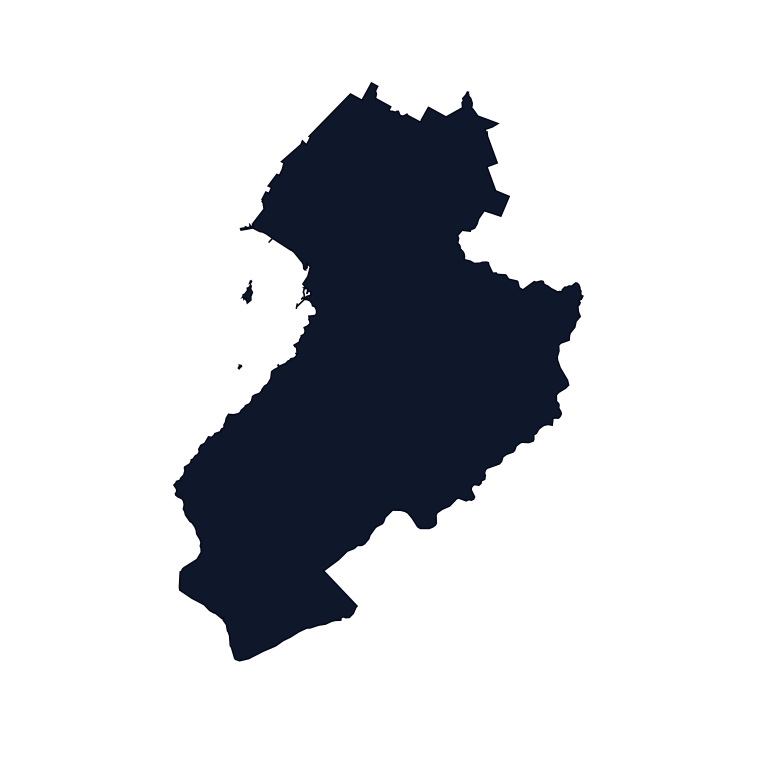 outline of Lower Hutt City, Wellington, New Zealand, rotated 14°
{"feature_id": "76426892B69033052068966", "entity_name": "Lower Hutt City", "entity_type": "district", "adm_level": 2, "iso_a3": "NZL", "parent_name": "New Zealand", "parent_adm1": "Wellington", "projection": "albers", "projection_center": [174.937, -41.285], "detail": "fine", "context": "isolated", "style": "filled", "palette": "ink", "viewbox_px": 768, "rotation_deg": 14, "n_neighbors": 0, "source": "geoboundaries", "source_scale": "gbopen_adm2", "svg_char_len": 6144}
<svg xmlns="http://www.w3.org/2000/svg" viewBox="0 0 768 768"><g transform="rotate(14 384 384)"><path d="M555.3,267.2L553.5,262.3L553.5,260.8L554.4,259.9L554.7,257.6L552.6,255.8L555.0,254.1L555.7,250.6L554.8,250.6L553.2,249.5L552.6,246.0L551.7,245.7L550.6,242.8L548.9,240.5L546.9,239.4L545.5,239.6L543.4,242.3L543.2,243.3L539.6,244.2L537.9,246.0L536.1,246.2L534.4,249.2L534.0,251.8L532.0,251.7L530.5,252.7L523.1,251.0L519.4,249.4L515.3,248.6L513.6,246.0L511.6,246.0L507.1,248.4L505.0,248.3L496.0,259.1L491.9,257.8L489.1,252.4L488.2,251.9L479.6,252.1L475.8,248.7L467.3,250.2L466.0,249.1L462.7,250.2L457.1,243.4L455.9,241.0L454.1,240.9L450.0,242.1L448.0,243.5L442.5,245.2L438.0,243.9L431.8,243.9L431.2,240.5L430.1,238.2L428.9,236.7L425.2,234.3L424.6,232.2L423.5,230.8L421.4,229.6L421.2,224.6L419.4,222.3L422.6,215.9L430.7,214.9L430.6,213.6L434.2,210.8L435.6,206.2L435.8,201.0L439.3,191.6L456.8,192.9L460.1,171.7L445.6,169.5L431.3,148.3L440.4,142.1L424.5,118.6L423.1,114.6L422.2,115.2L420.5,112.5L426.9,108.4L431.6,103.7L410.2,101.3L403.8,95.8L402.0,94.9L402.2,93.4L401.7,90.2L399.0,85.8L396.7,84.3L396.1,82.4L395.1,82.4L395.4,80.5L394.3,80.5L393.4,84.0L391.3,88.0L392.6,89.8L391.7,92.1L393.4,96.9L379.6,109.9L360.2,104.8L356.3,119.1L356.7,119.9L355.8,121.1L342.2,117.7L341.1,116.6L337.7,119.5L334.7,119.6L332.0,116.0L330.3,116.4L329.3,117.6L326.5,117.3L324.3,117.9L322.6,116.9L323.5,113.4L306.6,108.9L306.5,104.4L304.8,101.6L305.9,96.7L299.0,94.9L294.0,114.0L281.3,110.7L251.4,161.9L253.0,162.3L250.9,170.7L246.0,167.8L245.5,171.8L230.7,193.1L233.5,193.7L233.4,200.4L232.1,206.9L229.3,206.5L223.7,219.9L227.4,220.5L226.3,226.8L222.9,226.3L221.0,234.5L222.1,234.8L221.5,236.2L223.0,237.7L225.3,243.3L218.1,259.7L218.5,260.3L217.7,260.8L218.8,262.7L216.8,263.2L215.4,262.2L216.2,264.2L212.5,265.7L212.4,265.1L211.5,265.0L211.6,266.0L207.2,267.9L208.1,269.3L219.0,264.4L226.6,266.1L229.6,265.9L233.5,266.8L240.6,269.5L237.8,274.7L240.7,269.6L260.8,276.5L260.9,276.1L265.0,278.0L275.3,285.8L277.0,287.7L278.2,291.4L279.3,292.3L280.5,292.2L280.1,290.9L281.3,289.9L280.3,285.8L284.2,288.0L284.1,298.1L281.1,306.6L283.9,308.7L284.0,309.8L282.9,310.1L283.5,310.5L283.5,314.5L285.6,317.4L283.6,314.1L283.7,310.5L284.4,310.7L284.9,309.9L287.2,310.5L287.2,314.6L287.7,314.5L287.8,312.2L290.8,312.3L291.3,315.7L288.2,317.4L287.1,318.9L285.7,318.6L284.7,317.5L285.6,318.8L287.4,319.1L287.2,319.7L286.8,320.3L284.1,320.4L284.4,319.2L283.3,322.1L284.2,320.5L286.8,320.4L286.1,320.5L286.3,321.0L280.9,329.7L280.4,326.8L280.7,332.3L280.7,330.1L286.4,321.1L288.6,320.8L291.6,321.0L295.0,323.6L295.2,324.8L296.2,325.6L298.2,325.7L300.5,328.5L301.3,330.7L301.3,332.9L300.6,334.1L294.8,336.4L294.3,335.7L295.5,338.2L295.4,339.5L296.9,341.1L297.6,343.4L295.8,346.1L292.4,349.0L293.3,348.8L294.7,351.7L294.5,355.1L292.0,357.2L292.3,358.1L291.6,361.4L291.7,363.7L287.3,368.1L288.6,369.3L289.6,369.2L290.8,370.8L292.3,375.6L290.4,375.8L292.3,375.6L292.1,378.2L290.4,380.6L287.5,382.0L286.7,384.0L284.9,385.3L284.5,386.7L283.4,388.0L277.4,392.6L276.9,391.1L276.5,391.4L277.8,393.3L273.7,396.9L272.0,399.2L272.9,406.1L271.0,412.4L268.5,415.0L266.9,419.1L267.0,420.2L265.4,423.2L261.0,426.1L259.5,427.9L259.6,432.2L258.4,435.6L254.7,438.6L254.7,439.9L251.9,443.9L251.2,446.7L249.4,448.3L245.3,450.3L240.5,451.0L239.2,455.5L239.4,459.4L238.6,462.4L239.4,465.1L237.3,466.9L236.5,470.1L231.9,473.0L231.4,474.9L229.7,477.5L226.5,477.7L224.4,484.9L221.1,487.8L220.0,492.0L221.0,494.2L221.0,495.9L219.7,498.3L218.4,499.1L216.9,502.9L215.3,504.2L215.5,506.4L214.9,508.5L210.7,512.7L210.7,513.9L211.8,516.1L211.7,520.8L209.6,524.5L209.3,526.8L206.2,528.7L206.1,530.1L204.6,532.9L208.3,536.3L208.9,539.0L208.1,540.6L208.7,542.1L211.4,543.4L215.8,544.2L217.9,546.2L219.4,549.5L219.6,553.9L221.5,556.0L223.1,559.1L229.1,564.4L231.3,565.0L235.2,568.5L237.3,571.5L238.5,574.7L243.0,579.2L244.8,582.0L245.0,585.8L246.2,587.6L247.4,591.4L245.0,599.5L234.6,610.3L233.3,612.2L232.8,614.7L231.7,615.7L234.6,630.5L235.7,633.4L247.7,637.7L248.3,637.4L248.8,638.2L263.0,641.7L269.6,645.9L274.6,647.3L274.7,646.8L275.3,646.9L283.5,650.8L284.5,650.7L284.9,649.9L285.1,652.0L289.4,655.7L291.9,661.5L293.2,662.6L295.1,665.7L298.2,675.2L299.7,676.4L305.3,686.0L306.5,687.1L310.8,687.5L319.0,683.3L331.5,672.4L342.1,664.4L348.3,657.3L354.4,652.2L361.2,645.1L367.9,639.6L371.4,638.5L378.9,633.8L385.4,631.1L390.1,627.2L394.2,625.0L399.2,623.7L398.9,621.2L400.8,619.7L403.5,620.0L406.8,618.9L409.7,614.1L410.7,607.9L411.6,606.0L370.6,579.9L382.4,565.5L388.8,555.1L395.0,550.7L397.3,547.1L401.5,546.0L403.8,543.8L406.6,538.2L407.0,533.9L410.2,525.9L411.4,524.1L416.2,520.0L417.0,517.8L417.4,513.2L422.8,504.3L430.6,502.5L435.2,502.5L438.4,503.4L444.1,507.6L451.2,514.4L454.2,515.4L462.9,513.2L466.1,510.8L467.9,508.6L468.5,506.6L466.2,498.7L466.7,496.1L470.8,491.5L477.3,486.4L482.3,477.7L483.9,476.6L492.0,477.5L494.4,475.6L496.8,475.7L498.9,474.0L499.2,471.6L494.3,465.8L493.9,464.2L494.3,461.9L495.9,459.7L500.6,459.3L502.2,456.9L501.9,454.5L504.8,452.1L504.4,448.0L503.3,446.7L503.1,445.3L503.3,442.7L504.2,441.0L515.4,433.5L516.8,430.7L517.0,426.0L519.9,422.6L525.8,418.7L526.8,416.7L527.2,412.3L530.6,408.0L532.0,407.1L538.6,405.8L542.5,403.3L542.8,401.5L541.6,397.2L543.8,395.0L545.1,390.3L548.0,386.6L549.7,385.1L553.2,383.5L557.2,383.3L556.3,376.7L557.3,375.9L561.6,374.9L562.7,373.0L563.3,370.5L562.4,368.2L559.3,365.1L559.0,362.3L558.2,360.8L555.5,359.1L553.9,353.0L555.5,349.9L561.3,344.0L563.4,340.3L561.1,335.9L551.0,325.7L546.5,318.7L545.5,315.6L545.8,309.7L544.1,304.5L544.9,302.6L546.3,301.1L553.1,296.6L552.3,292.6L552.3,289.6L555.4,282.8L555.2,276.8L558.1,271.0L555.3,267.2ZM230.5,320.1L229.9,322.6L228.4,323.9L228.9,324.0L228.5,325.1L229.2,325.6L227.2,330.4L225.7,331.6L226.1,333.0L225.7,334.0L226.4,333.5L227.3,335.2L227.4,334.5L229.1,334.6L228.9,335.4L230.5,336.2L231.8,338.6L234.6,334.7L233.6,331.4L234.2,326.9L231.6,324.1L231.5,321.1L230.5,320.1ZM241.1,400.6L239.1,400.7L239.5,401.3L238.8,403.8L239.8,404.3L240.7,402.1L241.5,401.6L241.1,400.6ZM230.7,316.5L230.1,315.9L229.4,316.6L229.2,318.9L230.2,318.2L230.7,316.5Z" fill="#0f172a" stroke="#020617" stroke-width="1.5"/></g></svg>